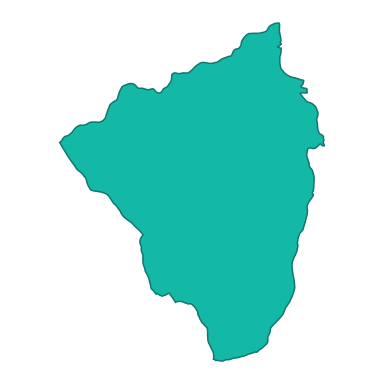 Pinchote, Santander, Colombia (Natural Earth projection)
{"feature_id": "7082276B63332644683042", "entity_name": "Pinchote", "entity_type": "district", "adm_level": 2, "iso_a3": "COL", "parent_name": "Colombia", "parent_adm1": "Santander", "projection": "natural_earth1", "projection_center": [-73.171, 6.512], "detail": "fine", "context": "isolated", "style": "filled", "palette": "teal", "viewbox_px": 384, "rotation_deg": 0, "n_neighbors": 0, "source": "geoboundaries", "source_scale": "gbopen_adm2", "svg_char_len": 5863}
<svg xmlns="http://www.w3.org/2000/svg" viewBox="0 0 384 384"><path d="M59.6,142.5L60.3,143.5L63.8,149.5L67.5,155.6L70.0,159.4L73.6,164.4L74.9,166.2L76.3,168.5L78.2,170.5L80.0,171.8L81.5,173.0L82.8,174.4L83.9,176.0L85.1,177.2L85.4,177.6L86.5,180.5L87.0,182.6L87.9,185.1L89.1,187.3L90.2,189.2L90.8,189.9L92.1,190.4L94.5,191.1L95.9,191.1L97.6,191.5L101.0,192.0L105.5,193.4L107.3,194.6L108.6,195.9L109.9,197.6L112.2,201.3L114.0,203.9L115.2,204.5L116.8,206.4L117.9,208.0L120.3,211.4L121.6,214.1L123.4,216.5L125.3,218.1L128.3,220.5L131.1,222.3L136.1,227.5L138.3,229.4L140.0,231.1L141.7,233.1L142.7,234.1L143.1,234.8L142.7,235.4L141.9,236.3L140.5,238.5L139.9,240.7L139.9,242.9L141.4,247.1L141.2,250.1L142.3,253.5L142.6,254.3L143.0,254.8L142.9,257.0L142.9,260.8L143.0,263.1L143.5,265.1L144.7,268.2L145.2,271.0L148.3,276.9L149.4,280.5L149.5,281.7L150.5,284.9L151.0,288.3L153.0,290.3L156.3,294.2L157.1,293.5L159.6,295.1L161.1,295.6L162.2,296.2L164.4,295.3L165.2,295.2L168.2,293.4L169.0,293.3L169.5,293.5L173.5,299.2L175.5,302.4L176.0,302.0L177.2,301.6L179.9,301.3L181.8,301.6L186.3,303.3L188.6,304.0L190.1,303.7L191.9,304.3L194.0,306.4L195.4,307.9L197.9,312.1L197.7,313.3L198.0,314.8L198.9,316.5L200.2,319.4L201.9,322.5L203.5,324.0L204.2,324.8L205.2,326.0L206.9,327.6L207.2,328.5L207.5,329.4L207.6,331.2L207.6,335.7L207.9,340.2L208.2,341.5L208.7,343.0L209.3,344.0L210.9,347.4L211.6,349.1L213.0,351.6L213.4,352.8L213.7,356.4L213.6,358.3L213.4,359.2L214.5,359.3L215.1,360.1L215.8,360.5L216.6,360.4L217.3,360.3L218.1,360.4L220.5,361.0L222.9,361.0L225.8,359.8L227.5,359.7L229.1,359.7L233.2,358.3L236.4,357.8L239.4,357.3L242.2,356.3L243.5,356.3L244.7,355.7L246.8,354.9L248.6,354.0L250.0,353.8L252.2,353.1L254.4,352.2L255.6,352.0L256.8,352.2L258.2,351.0L259.2,350.0L261.2,348.7L262.5,347.7L266.0,344.5L266.9,343.5L267.7,342.1L267.9,339.7L267.8,337.9L267.8,336.7L268.3,335.7L268.9,334.7L269.9,332.6L270.3,330.9L270.5,328.4L271.1,327.4L272.4,325.9L273.8,324.4L275.8,322.3L278.8,319.2L280.5,317.3L282.8,314.5L283.0,314.1L284.0,311.9L284.3,311.0L285.0,309.3L285.5,307.9L286.4,306.7L288.0,304.3L289.9,301.3L292.2,296.3L293.8,291.7L294.8,287.7L294.3,281.4L292.7,272.6L292.2,268.9L292.0,264.7L292.4,261.7L293.9,257.7L295.2,255.3L296.8,251.4L297.1,250.1L297.7,247.2L297.8,245.4L297.7,244.3L297.3,244.0L297.8,240.1L298.2,237.7L299.6,233.6L300.5,232.5L302.8,230.0L304.1,225.7L305.4,221.2L306.0,218.6L307.2,214.3L307.5,210.4L307.2,208.9L307.2,207.3L307.2,205.7L307.8,204.0L308.9,201.9L312.6,196.7L313.4,195.1L313.1,194.3L312.4,193.0L312.4,192.2L313.4,190.7L313.8,186.3L314.0,182.1L314.2,177.7L313.7,175.1L312.7,171.6L312.1,169.8L310.2,167.6L309.4,166.3L309.1,164.9L309.3,163.5L309.0,162.9L308.0,159.6L307.3,157.8L306.9,156.5L306.7,154.6L307.6,149.3L308.9,148.1L310.7,147.9L312.1,148.4L313.5,148.6L315.5,148.2L316.8,146.9L318.4,145.7L319.3,144.4L320.5,143.8L321.0,144.4L321.6,145.2L323.0,145.9L324.2,145.8L324.4,145.3L323.3,142.7L323.4,141.7L323.9,140.6L323.9,139.7L323.6,138.8L323.3,138.0L323.3,137.4L323.5,136.5L322.8,135.7L321.8,134.9L320.5,134.2L319.3,133.3L318.3,131.0L317.9,129.4L317.6,127.4L317.5,124.6L317.2,121.9L316.7,120.5L316.8,118.3L317.7,116.2L318.0,113.8L317.9,112.5L317.6,111.8L316.4,108.3L315.5,106.6L314.1,105.2L312.0,103.5L309.7,102.6L307.7,102.0L305.9,100.8L304.3,98.7L302.9,97.2L301.4,95.1L300.3,93.5L300.4,93.0L302.3,92.8L303.1,92.8L305.1,93.0L307.1,92.8L307.3,92.1L306.8,91.5L306.9,90.5L307.2,89.5L306.7,88.7L305.7,88.3L303.6,88.0L302.1,87.6L300.9,86.7L301.1,86.3L301.6,85.8L302.5,84.7L303.3,83.2L303.7,80.6L303.4,80.4L302.6,80.0L300.8,79.9L298.8,79.0L296.1,78.2L291.1,77.0L287.3,75.1L284.5,72.9L281.4,69.2L280.7,68.0L279.9,63.7L279.8,60.5L279.9,56.6L280.6,54.4L281.0,51.9L281.2,48.3L280.9,48.3L280.5,48.1L279.2,47.5L278.4,47.2L277.7,47.2L277.7,46.9L279.1,45.9L281.0,44.4L281.3,44.0L281.2,43.9L280.7,43.1L280.1,42.2L280.4,41.8L280.7,41.6L280.9,41.4L281.0,41.2L281.0,40.9L280.9,39.8L280.8,39.3L280.8,39.0L280.5,38.1L280.6,37.3L280.6,36.9L280.3,36.1L280.3,35.7L280.1,35.3L280.1,34.8L279.9,34.3L279.8,33.5L279.5,33.2L279.4,32.9L279.6,32.9L279.7,32.6L279.5,32.1L279.4,31.1L279.3,30.6L279.3,30.3L279.3,30.0L279.5,29.7L279.6,29.2L279.5,28.5L279.4,28.0L279.4,27.3L279.5,27.0L279.6,26.4L279.5,25.2L279.6,24.8L279.0,23.0L277.1,23.2L274.8,23.4L272.8,24.4L270.8,25.3L269.2,26.6L268.5,27.6L268.0,28.6L267.6,29.6L266.5,30.9L265.3,31.7L263.8,32.2L260.6,33.0L258.5,33.3L253.7,33.3L248.7,33.6L246.7,34.8L245.1,36.4L243.6,38.1L242.0,40.7L241.4,42.1L241.1,44.5L240.8,45.7L239.6,47.4L238.8,48.3L237.7,48.8L236.0,49.0L234.2,50.0L233.5,50.8L232.6,53.1L231.9,54.7L231.1,55.9L230.1,56.3L228.9,56.3L227.8,56.7L226.7,57.2L225.3,57.6L223.1,58.5L221.7,59.1L219.2,60.8L216.7,62.4L214.6,62.6L213.2,63.1L211.3,63.4L209.3,63.4L207.5,63.0L205.2,62.7L203.2,62.4L201.8,62.5L200.6,62.9L199.4,63.6L197.4,64.9L196.3,65.7L194.4,67.4L192.9,69.0L191.2,70.7L189.6,71.9L188.4,72.9L187.1,73.0L185.6,73.0L183.3,72.9L180.6,73.4L178.0,73.7L176.5,73.1L174.7,72.9L173.4,73.3L172.2,74.1L171.8,75.0L171.7,75.8L171.6,77.6L171.4,80.0L170.4,82.1L169.8,83.2L168.4,85.0L167.7,86.1L166.7,87.2L164.1,88.3L163.2,89.2L162.0,91.3L161.0,92.4L159.8,93.0L158.0,93.0L156.5,92.1L155.6,91.4L154.2,89.6L153.2,88.8L152.2,88.8L151.3,89.1L150.3,89.2L149.2,89.7L148.0,89.7L146.2,89.4L144.8,89.0L142.9,88.3L141.2,88.2L140.0,88.3L138.5,88.3L137.7,87.8L137.0,87.0L134.9,84.8L133.6,84.0L131.7,83.5L129.4,83.6L124.9,85.2L122.8,86.2L121.7,87.3L121.2,88.4L120.2,90.2L119.2,92.7L118.6,94.6L118.0,96.8L117.6,98.3L116.7,99.7L115.6,100.7L114.7,101.1L112.6,102.4L110.7,104.0L109.6,105.5L109.0,107.6L108.3,109.0L107.1,112.4L105.3,118.1L103.3,120.4L100.8,121.8L98.2,122.3L94.9,122.0L92.3,122.0L90.1,122.3L88.1,123.3L86.7,124.2L84.1,125.2L80.3,125.2L79.0,125.6L77.2,126.6L75.3,128.1L74.0,129.6L72.0,132.3L70.7,133.6L68.7,135.2L66.8,136.0L65.0,136.4L63.5,137.8L62.7,138.8L61.5,140.9L59.6,142.5Z" fill="#14b8a6" stroke="#0f766e" stroke-width="1.5"/></svg>